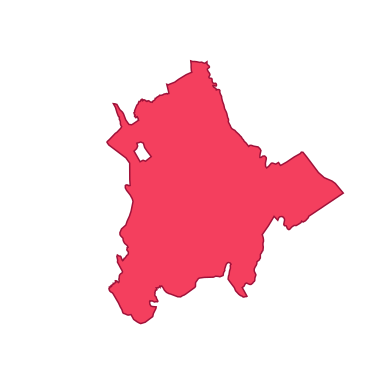 the district of Kailo, Maniema, Democratic Republic of the Congo, rotated 146°
{"feature_id": "63176286B17504702690240", "entity_name": "Kailo", "entity_type": "district", "adm_level": 2, "iso_a3": "COD", "parent_name": "Democratic Republic of the Congo", "parent_adm1": "Maniema", "projection": "equal_earth", "projection_center": [25.788, -2.56], "detail": "fine", "context": "isolated", "style": "filled", "palette": "rose", "viewbox_px": 384, "rotation_deg": 146, "n_neighbors": 0, "source": "geoboundaries", "source_scale": "gbopen_adm2", "svg_char_len": 6100}
<svg xmlns="http://www.w3.org/2000/svg" viewBox="0 0 384 384"><g transform="rotate(146 192 192)"><path d="M315.9,133.7L316.7,131.0L316.8,130.3L316.6,129.6L315.7,128.5L314.3,126.2L313.5,125.5L311.1,124.5L311.6,119.0L310.2,115.3L309.2,113.3L308.1,111.6L303.6,110.2L294.2,110.7L292.0,112.8L287.1,115.6L285.9,116.8L288.5,118.9L289.4,119.8L289.8,120.5L289.7,122.6L288.3,125.0L287.6,125.3L287.1,124.5L286.0,124.2L284.7,121.9L284.3,121.6L283.4,121.4L282.0,120.3L281.5,120.4L281.2,121.2L281.0,123.4L280.4,125.0L280.7,126.4L280.7,126.9L280.1,127.9L279.2,128.8L279.1,129.5L278.4,129.8L277.2,131.0L276.3,130.6L275.8,130.6L275.4,131.0L275.2,132.5L274.5,132.0L273.9,131.9L273.4,131.3L271.8,131.7L271.7,131.1L271.2,131.9L270.6,131.1L270.1,131.3L269.6,130.9L269.5,128.7L269.8,125.9L269.3,123.1L267.8,120.4L267.1,119.8L262.4,113.1L260.0,111.4L257.8,111.4L256.4,111.0L254.4,110.9L243.2,111.3L242.0,111.7L239.7,114.9L235.0,116.7L233.7,116.4L229.5,114.3L221.8,109.4L219.5,109.0L217.4,107.3L216.3,106.1L212.9,105.4L210.9,107.5L209.0,108.4L208.6,108.7L208.2,109.7L204.1,112.9L202.1,113.5L201.1,113.1L200.1,111.9L200.0,110.3L200.8,110.1L201.6,109.4L202.0,108.5L202.8,107.3L205.0,105.6L207.6,102.7L208.7,102.0L210.8,99.6L210.8,96.6L210.4,89.1L211.1,85.7L210.4,81.1L209.7,79.0L208.8,77.8L208.4,76.5L207.9,76.0L206.0,75.3L205.5,74.9L204.7,74.8L203.8,84.7L201.6,84.8L199.1,86.2L197.9,86.1L197.6,85.9L196.0,83.3L195.3,82.7L194.7,82.4L192.7,82.5L191.4,83.0L190.2,83.1L189.5,83.5L187.9,85.6L185.6,87.3L185.2,87.9L184.8,90.9L184.5,91.9L183.3,93.5L181.4,94.6L179.6,95.4L178.5,96.2L177.2,97.8L174.0,98.1L173.1,98.8L172.3,99.0L170.3,101.9L169.9,102.2L168.1,102.8L167.2,103.6L166.2,103.7L165.7,104.1L163.7,106.5L162.8,108.4L161.5,110.2L160.4,111.0L159.5,112.3L158.5,114.4L157.6,117.4L147.5,121.3L137.6,125.9L136.7,120.6L134.5,122.1L133.3,122.4L131.6,121.7L130.6,120.8L130.5,119.5L130.2,118.6L130.9,117.0L133.6,114.3L134.2,113.5L134.1,112.3L133.0,111.5L132.9,110.8L133.4,108.2L132.9,106.8L132.0,106.4L128.8,107.2L126.1,107.2L124.3,105.9L120.8,105.7L118.8,105.7L117.4,106.5L116.7,105.0L114.0,104.7L110.2,105.6L109.5,106.0L108.9,106.6L67.2,106.5L68.4,118.9L69.8,122.8L74.4,130.0L76.3,137.4L77.3,157.0L77.8,162.9L79.1,163.9L80.6,163.3L87.7,163.9L96.9,163.9L103.2,164.4L103.8,164.6L103.8,168.1L107.0,168.3L109.0,170.9L110.1,171.5L114.2,170.4L116.6,170.2L116.7,172.1L114.9,175.0L111.8,178.0L111.2,179.1L111.6,181.2L113.3,182.2L115.4,182.0L116.4,182.7L115.1,184.6L111.7,187.8L111.5,189.9L112.0,192.4L115.3,195.6L116.5,197.3L117.8,198.3L119.5,198.1L119.8,202.6L120.4,204.8L120.2,206.4L120.5,208.1L120.3,209.9L120.8,212.3L120.8,213.1L121.8,217.3L122.0,219.1L123.4,221.8L123.6,223.7L123.2,225.6L122.8,229.1L122.6,230.0L121.7,230.9L121.0,232.1L120.8,233.7L119.3,237.5L118.9,239.0L118.4,242.8L116.9,246.6L116.1,249.9L114.9,253.2L114.0,254.8L113.8,256.9L113.1,259.4L112.3,260.2L112.1,260.7L112.2,261.5L112.6,262.0L113.4,262.6L114.8,263.0L114.4,264.0L114.3,264.4L115.4,266.8L115.3,268.0L115.1,268.6L114.7,268.5L113.3,266.8L112.8,266.4L112.3,266.5L111.7,267.3L111.5,268.0L111.5,268.6L111.8,269.1L112.9,269.6L113.4,270.2L113.6,270.7L113.6,271.7L113.3,272.7L112.3,274.3L112.2,274.9L112.3,275.3L113.9,276.8L113.9,277.5L113.5,278.1L112.1,278.7L111.3,279.6L111.1,281.2L111.2,282.7L111.0,284.4L110.8,285.0L110.2,285.5L108.0,285.6L107.6,285.9L107.4,286.8L108.0,289.2L107.8,290.1L106.8,291.6L109.4,291.5L110.5,292.8L111.3,294.2L113.2,295.2L115.3,297.4L117.2,299.0L118.4,299.7L119.7,301.4L121.2,298.5L123.1,295.7L124.7,292.9L125.2,291.4L131.1,292.5L140.1,292.9L144.9,292.7L150.7,294.0L151.6,294.0L152.7,295.4L155.2,288.6L156.1,286.6L156.7,286.9L157.7,287.1L157.7,287.6L158.2,288.0L159.2,288.2L160.3,288.8L162.0,288.9L163.8,289.5L164.6,290.3L166.3,290.0L167.8,290.2L169.7,289.9L170.2,290.2L170.8,289.5L171.5,289.1L174.0,289.2L174.8,288.6L175.1,288.8L175.3,289.2L176.1,289.6L176.6,291.3L176.9,291.9L177.8,292.0L178.1,292.5L178.8,292.3L179.1,292.7L179.3,293.2L179.2,293.8L179.9,294.7L180.1,295.2L180.5,295.4L181.1,295.2L182.1,295.3L182.1,295.6L181.2,296.1L181.3,296.7L182.0,297.0L183.1,296.8L184.1,296.1L184.6,296.1L185.3,296.7L186.8,295.7L187.2,295.2L189.2,294.8L194.2,291.4L194.7,290.5L194.9,290.2L195.8,290.2L196.3,288.8L196.1,287.5L196.3,287.3L197.1,287.2L197.3,286.9L197.0,285.0L195.9,285.3L195.3,285.1L195.6,284.1L195.4,283.1L196.1,282.2L196.1,281.4L202.9,281.4L204.5,281.5L206.5,283.3L206.6,288.8L205.1,295.1L205.0,297.1L205.8,300.7L205.3,306.6L206.6,308.2L207.8,309.2L208.2,304.8L209.7,300.1L210.6,296.4L210.6,295.2L210.3,294.8L211.7,292.7L211.7,292.1L211.6,291.8L212.2,290.1L213.3,288.5L213.7,287.0L213.8,285.5L215.4,284.7L220.8,283.5L222.8,283.5L231.0,281.7L234.2,281.2L234.7,280.7L234.7,277.6L227.7,257.2L227.5,250.8L236.7,237.0L239.6,232.0L240.9,232.6L241.1,232.9L241.1,233.3L241.8,233.8L241.8,234.2L242.7,234.7L243.7,234.6L245.0,232.7L245.3,230.0L244.9,224.2L245.3,219.8L246.2,217.1L253.2,210.2L257.3,207.0L262.2,204.0L265.3,201.6L271.1,200.8L274.5,198.6L275.6,196.8L275.6,195.3L275.1,192.4L275.3,191.7L275.9,190.9L276.3,189.6L276.5,188.1L276.5,186.9L276.2,185.8L275.6,183.7L275.8,182.3L275.9,181.9L276.8,182.2L277.1,181.6L278.1,180.9L278.5,180.0L278.5,179.5L278.2,178.5L278.5,177.6L279.6,176.2L280.4,175.8L281.5,175.9L283.8,174.9L284.8,174.7L285.3,174.9L285.6,174.5L286.4,174.5L286.9,173.9L287.9,173.8L288.0,174.2L287.8,175.4L287.1,178.3L287.3,178.9L288.1,179.5L289.1,181.5L290.4,180.5L291.7,177.1L293.0,175.6L293.8,167.7L293.8,166.8L294.1,165.1L294.3,164.6L295.5,164.0L297.0,164.1L298.7,163.5L299.8,162.3L300.7,161.1L301.3,160.8L302.0,159.1L302.9,158.2L303.7,158.1L303.9,159.8L304.3,160.6L304.9,160.9L305.2,161.3L305.4,161.2L305.4,160.4L305.8,159.6L307.5,159.9L307.9,159.6L308.4,160.3L309.1,159.5L310.9,159.7L311.2,158.9L311.5,158.8L311.8,159.5L312.2,159.5L312.6,158.9L313.6,159.4L313.9,158.6L314.3,158.7L314.6,158.3L314.9,158.3L315.4,157.0L315.5,155.6L315.0,154.0L314.4,153.1L314.3,152.0L315.0,141.0L315.7,136.8L315.9,133.7ZM206.5,262.1L205.0,259.7L206.4,255.3L206.4,251.3L206.0,244.1L213.3,243.5L214.8,245.7L218.1,246.1L217.2,258.3L213.7,258.9L211.3,260.5L210.5,263.3L206.5,262.1Z" fill="#f43f5e" stroke="#9f1239" stroke-width="1.5"/></g></svg>